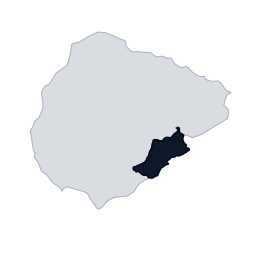 Rivera highlighted on a map of Uruguay, rotated 105°
{"feature_id": "URY-14", "entity_name": "Rivera", "entity_type": "Department", "adm_level": 1, "iso_a3": "URY", "parent_name": "Uruguay", "parent_adm1": "", "projection": "robinson", "projection_center": [-55.345, -31.483], "detail": "fine", "context": "in_parent", "style": "filled", "palette": "ink", "viewbox_px": 256, "rotation_deg": 105, "n_neighbors": 0, "source": "natural_earth", "source_scale": "10m", "svg_char_len": 4105}
<svg xmlns="http://www.w3.org/2000/svg" viewBox="0 0 256 256"><g transform="rotate(105 128 128)"><path d="M206.0,175.4L204.4,176.9L202.6,179.6L200.6,186.1L193.8,195.1L192.4,200.1L185.1,205.4L180.0,211.4L176.7,211.2L173.6,213.8L156.3,221.5L150.1,220.1L145.5,220.1L141.2,216.7L131.4,215.4L125.3,216.8L117.1,220.6L114.6,220.5L112.8,220.3L108.4,218.7L105.9,215.4L93.3,211.6L83.0,202.9L71.0,202.8L61.8,203.9L60.4,202.7L59.4,200.5L57.5,197.3L49.5,189.6L43.1,182.0L41.8,174.5L42.6,166.4L44.4,156.8L44.1,153.8L46.4,152.0L48.6,151.7L50.8,149.2L52.8,145.4L53.1,142.6L51.5,137.3L50.4,129.9L49.1,126.2L51.6,120.4L51.7,117.6L50.2,115.1L49.8,112.6L50.4,110.0L50.3,107.5L49.3,105.1L50.0,103.1L52.3,101.5L54.0,99.1L55.2,95.8L55.7,93.3L55.7,91.6L55.0,90.0L53.6,88.4L54.2,85.4L57.0,80.9L58.7,76.8L59.5,73.3L59.4,70.5L58.5,68.3L58.9,66.9L60.6,66.1L61.3,63.8L61.0,58.1L59.2,53.4L60.5,49.7L64.4,45.4L66.4,42.0L66.5,39.3L67.7,37.8L69.6,40.7L75.2,41.4L80.7,41.5L81.6,40.8L83.8,36.2L86.6,34.8L89.8,34.5L93.2,34.7L96.9,37.8L107.2,47.9L114.8,54.9L117.1,58.2L119.1,60.7L120.6,63.0L120.0,69.0L120.1,71.6L120.4,72.3L122.2,72.4L124.7,72.0L126.9,70.7L128.6,68.8L130.2,67.2L131.5,66.4L132.0,65.1L132.8,63.8L133.6,63.5L135.1,64.5L138.6,67.9L141.3,71.1L142.0,72.9L143.1,74.8L144.2,76.4L145.0,78.0L147.6,80.1L150.3,81.4L152.1,80.1L156.7,84.4L166.8,88.1L168.6,90.3L170.3,93.4L173.8,98.1L178.7,102.4L182.6,104.2L186.4,105.2L188.5,106.1L189.9,107.8L192.2,109.5L193.6,110.2L194.1,111.8L195.6,115.2L197.1,119.6L198.8,123.6L202.4,127.5L206.5,130.5L210.8,132.2L213.1,134.3L214.2,136.5L211.3,139.8L208.1,143.9L205.3,147.1L202.5,149.4L201.5,150.9L200.9,153.3L200.8,166.1L200.6,170.8L200.8,172.1L201.2,172.9L203.0,174.2L205.1,175.2L206.0,175.4Z" fill="#d9dde1" stroke="#a8b0b8" stroke-width="1"/><path d="M126.6,70.9L127.9,70.1L128.3,69.6L128.6,69.0L128.9,67.7L129.4,67.2L130.0,67.1L130.8,67.3L131.5,67.3L132.0,66.9L132.0,66.2L131.9,64.6L132.0,63.9L132.6,63.4L133.3,63.2L133.9,63.4L134.9,64.5L136.0,65.2L136.6,65.6L137.3,66.6L138.8,67.9L141.2,70.7L141.7,71.5L141.9,72.1L142.0,73.5L142.2,74.1L142.6,74.5L143.7,75.2L144.1,75.8L144.5,77.4L144.8,78.1L145.3,78.7L145.9,79.1L147.1,79.6L147.8,80.0L149.3,81.4L149.9,81.8L150.4,81.9L150.9,81.7L151.3,81.1L151.9,79.8L152.3,79.7L152.9,80.4L153.4,81.3L154.3,82.5L155.2,83.4L156.5,84.1L157.0,84.5L157.3,85.0L157.8,85.4L158.2,85.7L159.2,86.1L164.6,86.9L165.7,86.9L166.2,87.1L166.6,87.5L167.2,88.7L167.6,89.2L169.3,90.7L169.8,91.2L170.2,91.9L170.3,92.6L170.3,94.1L170.7,95.0L170.0,96.1L169.9,96.3L169.7,96.4L169.4,96.8L169.1,97.2L168.9,97.6L168.9,98.6L169.5,100.3L169.6,101.2L169.4,101.9L168.7,103.8L168.2,104.7L167.8,105.8L166.7,107.4L167.2,107.8L167.7,107.9L168.1,108.1L168.3,108.7L168.1,109.2L167.2,109.9L166.9,110.4L167.2,111.0L167.1,111.7L166.6,112.2L165.9,112.5L165.2,112.6L164.5,112.7L164.0,112.2L163.8,111.8L163.4,111.0L163.0,110.3L161.8,109.1L161.3,108.3L159.9,106.8L159.4,105.8L158.9,105.2L158.0,104.5L157.9,104.3L157.2,103.4L156.9,103.1L156.2,102.8L154.8,102.2L154.4,102.1L151.9,101.9L151.2,101.7L150.0,101.1L149.5,101.0L148.5,101.0L147.1,101.1L145.1,101.0L141.9,100.2L141.0,100.1L140.5,100.1L139.7,100.3L136.8,100.5L135.9,100.4L135.0,100.2L134.8,100.2L134.6,100.2L134.1,100.4L133.8,100.5L133.6,100.5L133.4,100.4L133.1,100.3L132.9,100.1L132.5,99.6L132.2,99.0L132.1,98.6L132.1,98.4L132.1,97.7L132.0,97.3L131.9,97.0L131.8,96.8L131.7,96.6L131.7,96.4L131.8,95.8L131.9,95.4L132.1,94.6L132.2,94.3L132.2,94.1L132.1,93.9L132.0,93.5L131.7,92.3L131.6,91.9L131.4,91.5L131.2,91.4L130.9,91.2L130.2,90.9L129.2,90.5L128.9,90.4L128.7,90.2L127.6,89.2L127.4,88.9L127.3,88.6L127.2,88.6L126.7,87.0L126.7,86.8L126.7,86.0L126.7,85.5L126.6,85.3L126.5,85.0L126.2,84.3L126.0,84.1L125.9,83.9L125.3,83.5L122.9,82.5L121.4,81.6L118.7,79.4L118.0,79.2L117.4,79.2L117.2,79.2L116.6,79.5L116.2,79.8L115.5,81.1L115.2,80.7L114.7,80.1L114.5,79.9L114.5,79.7L114.5,79.4L114.5,79.2L114.9,78.6L115.3,78.3L115.8,78.1L118.0,77.4L118.5,77.2L118.8,76.9L119.2,76.0L119.4,75.5L120.3,72.4L121.1,72.3L123.2,72.5L124.3,72.3L125.0,72.2L125.4,72.2L125.6,72.0L125.8,71.7L126.1,71.3L126.6,70.9Z" fill="#0f172a" stroke="#020617" stroke-width="1.5"/></g></svg>